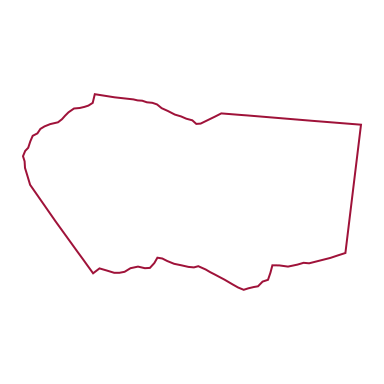 outline of Pacajus, Ceará, Brazil
{"feature_id": "56859067B2750326720255", "entity_name": "Pacajus", "entity_type": "district", "adm_level": 2, "iso_a3": "BRA", "parent_name": "Brazil", "parent_adm1": "Ceará", "projection": "natural_earth1", "projection_center": [-38.522, -4.186], "detail": "fine", "context": "isolated", "style": "outline", "palette": "rose", "viewbox_px": 384, "rotation_deg": 0, "n_neighbors": 0, "source": "geoboundaries", "source_scale": "gbopen_adm2", "svg_char_len": 1198}
<svg xmlns="http://www.w3.org/2000/svg" viewBox="0 0 384 384"><path d="M93.1,273.3L99.5,268.4L106.7,270.5L114.2,272.8L119.4,272.8L124.6,271.8L130.5,268.2L138.0,266.6L144.9,268.2L149.9,267.9L154.3,263.1L157.4,257.7L162.3,258.5L167.2,261.0L174.1,263.8L181.4,265.3L188.4,266.9L193.9,267.4L198.3,266.2L205.7,269.5L210.1,272.1L214.4,274.3L219.3,276.9L224.6,279.7L232.6,284.4L238.1,287.5L243.7,289.8L248.4,288.3L253.9,287.0L258.0,286.3L262.6,281.6L268.0,279.8L270.4,272.8L272.4,265.3L279.3,265.4L288.0,266.6L297.5,264.6L303.6,262.8L309.1,263.3L330.4,257.9L338.2,255.3L345.4,253.0L353.0,190.4L361.0,124.7L312.1,120.8L246.9,115.4L240.1,114.9L221.3,113.4L214.8,116.7L200.6,123.6L196.3,123.9L192.3,120.3L186.3,118.7L181.0,116.4L174.9,114.6L167.9,111.0L161.7,108.2L157.0,104.4L152.3,102.8L146.9,102.3L142.2,100.7L137.6,100.4L133.4,99.4L114.5,97.3L94.8,94.2L92.7,102.9L88.4,105.6L84.4,106.9L79.7,108.0L74.0,108.5L68.5,112.3L65.1,115.7L62.0,119.2L58.0,122.3L50.2,124.1L44.5,126.4L40.4,128.9L37.4,133.4L32.7,135.8L30.3,141.4L28.2,147.8L25.2,150.9L23.0,156.2L24.6,161.3L25.0,167.9L27.2,175.1L30.1,184.8L55.5,221.3L77.0,251.1L83.3,259.7L86.8,264.6L93.1,273.3Z" fill="none" stroke="#9f1239" stroke-width="2"/></svg>